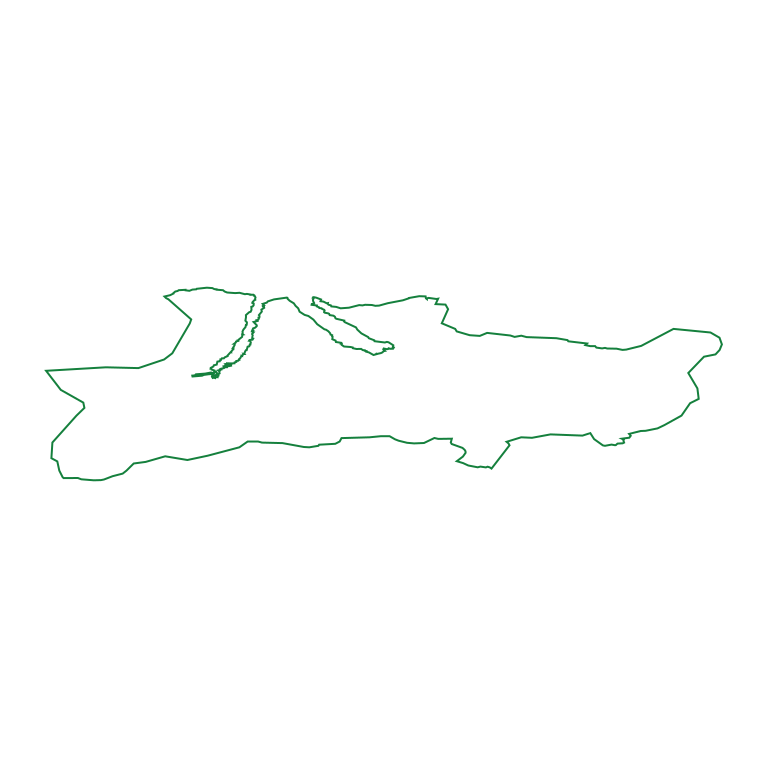 Gloppen nor, Sogn og Fjordane, Norway
{"feature_id": "86288312B68175693588321", "entity_name": "Gloppen nor", "entity_type": "district", "adm_level": 2, "iso_a3": "NOR", "parent_name": "Norway", "parent_adm1": "Sogn og Fjordane", "projection": "equal_earth", "projection_center": [6.111, 61.723], "detail": "fine", "context": "isolated", "style": "outline", "palette": "green", "viewbox_px": 768, "rotation_deg": 0, "n_neighbors": 0, "source": "geoboundaries", "source_scale": "gbopen_adm2", "svg_char_len": 6100}
<svg xmlns="http://www.w3.org/2000/svg" viewBox="0 0 768 768"><path d="M46.1,370.8L60.8,389.9L83.3,402.6L84.4,407.9L76.4,415.7L52.4,442.5L51.4,458.2L57.3,461.4L59.3,470.6L62.7,477.3L63.7,478.1L77.9,478.0L81.3,479.3L93.8,480.3L101.0,480.1L104.0,479.5L112.6,476.2L122.7,473.6L126.5,470.6L133.7,463.5L145.7,461.9L165.2,456.3L187.4,460.0L207.7,455.7L239.4,447.3L247.7,441.5L258.0,441.5L262.0,442.6L282.5,443.1L303.9,447.0L309.4,447.3L318.4,445.8L319.1,444.7L335.3,443.8L339.7,441.5L341.5,438.1L369.5,437.3L380.9,436.2L389.6,436.2L395.0,439.3L398.6,440.7L407.1,442.8L414.1,443.4L424.0,443.0L434.4,438.0L438.3,438.9L451.8,438.7L450.8,442.5L451.7,444.0L462.5,447.9L464.7,449.9L465.5,451.3L465.6,452.8L462.9,456.6L456.8,461.2L463.1,463.1L468.3,465.5L477.7,467.3L480.4,466.6L485.9,467.4L487.6,466.7L489.8,467.4L491.5,468.6L509.5,445.3L508.5,443.4L506.6,441.8L521.2,437.3L532.0,437.8L550.5,434.4L582.5,435.6L590.3,433.1L594.1,439.1L602.9,445.4L605.0,445.8L611.5,444.6L615.0,445.2L615.8,445.1L617.5,443.6L622.7,443.3L624.1,442.6L623.4,440.6L623.8,439.7L621.8,438.7L629.3,437.7L630.7,435.8L629.1,433.9L640.7,431.0L645.6,430.8L657.5,428.4L664.2,425.2L681.5,415.6L690.1,403.2L698.7,398.9L697.4,388.4L688.3,373.0L704.0,356.7L715.5,354.4L719.6,350.0L721.9,344.4L719.5,337.7L710.5,332.5L673.5,328.9L641.2,345.9L626.2,349.6L622.5,349.9L616.6,348.7L607.2,348.5L605.0,347.9L602.1,348.4L596.4,347.6L595.1,346.1L590.1,346.1L585.4,345.1L587.0,343.5L568.3,341.3L567.5,340.1L556.4,338.2L526.6,337.1L521.3,335.7L514.6,336.9L510.3,335.5L487.1,332.9L479.8,335.9L469.7,335.2L456.7,331.4L455.2,328.9L441.8,323.3L448.1,309.2L445.5,304.6L435.6,304.1L438.1,298.7L436.5,299.0L428.6,297.9L426.9,298.4L426.9,299.1L425.9,298.3L425.6,296.4L419.2,296.2L408.9,298.0L408.9,298.3L402.9,300.3L387.8,303.2L379.1,305.6L375.3,305.8L371.9,305.0L365.1,304.8L362.5,305.4L359.2,305.1L349.0,307.7L340.6,308.3L336.2,306.9L331.3,306.4L330.9,305.4L328.5,304.7L327.6,303.7L327.8,303.1L326.8,303.3L323.4,301.6L320.5,301.2L321.1,299.5L316.3,297.7L314.0,297.2L312.4,297.2L313.3,297.3L312.9,297.8L313.8,298.1L312.9,299.8L313.2,301.3L314.2,303.1L313.8,303.6L311.8,304.0L311.6,304.8L316.9,305.5L316.8,306.4L319.0,307.3L319.3,308.0L321.6,308.3L321.9,308.8L324.2,309.8L324.6,310.4L324.3,311.3L324.9,311.6L324.2,311.6L324.1,312.2L324.8,312.7L328.3,313.4L329.1,313.8L329.7,315.1L333.5,315.7L334.9,316.7L335.5,318.3L336.4,318.8L344.3,320.6L344.1,321.5L344.9,322.2L356.0,327.4L357.3,329.6L361.4,333.4L368.2,337.1L368.8,338.2L374.3,340.3L374.5,341.2L384.9,342.5L386.9,341.9L388.6,342.3L393.3,345.3L392.8,347.1L393.8,347.5L393.1,348.7L390.5,348.8L387.8,348.1L388.7,348.8L387.0,349.2L383.7,348.5L383.3,349.3L385.0,350.9L383.6,351.2L382.4,352.4L380.9,353.1L376.7,354.0L375.6,353.2L376.4,354.2L373.5,355.0L368.9,352.4L366.3,351.7L366.5,351.1L364.8,350.8L364.8,350.3L362.8,350.1L361.1,348.9L356.5,349.0L352.9,348.2L352.8,347.5L350.5,347.0L344.0,346.5L341.7,344.9L341.8,343.8L340.8,343.7L341.1,342.8L335.9,342.0L335.6,340.6L332.3,339.2L332.6,336.8L332.1,336.4L332.2,335.2L330.6,334.6L330.1,333.2L328.4,331.3L326.0,329.7L324.4,329.3L317.2,324.2L313.4,319.6L308.4,316.0L304.6,314.9L299.6,311.7L298.2,308.3L295.6,305.9L293.8,303.3L289.7,300.8L287.6,298.8L287.4,297.8L286.8,297.6L274.0,299.4L267.8,301.4L266.8,302.6L262.7,303.9L264.1,305.4L262.0,306.3L263.5,306.3L264.0,306.8L264.2,307.8L261.4,309.6L261.8,311.6L258.9,315.1L259.5,316.0L259.4,317.3L259.2,317.8L258.5,317.8L258.6,319.2L258.0,319.9L257.0,320.1L257.3,320.6L256.7,320.6L257.0,321.1L253.6,322.0L256.8,325.3L256.7,326.2L255.1,327.7L253.1,328.4L252.2,330.5L252.9,330.6L252.5,331.1L253.2,331.1L252.7,332.5L253.4,332.5L252.1,334.1L252.7,335.4L252.4,336.1L251.8,336.1L252.4,336.3L252.2,338.3L252.8,338.5L252.2,339.3L252.8,339.2L252.5,339.7L249.5,340.0L249.1,340.7L249.8,340.7L250.8,342.3L250.4,344.5L249.8,344.5L249.3,346.3L247.6,346.7L246.7,350.1L246.0,350.1L245.1,351.4L244.4,353.7L243.8,353.7L244.1,354.0L243.4,354.0L242.3,355.6L241.7,355.6L241.9,356.1L241.3,356.1L240.3,358.1L239.3,358.9L239.4,359.8L238.7,359.8L238.3,360.7L236.3,361.0L236.3,361.9L234.6,362.4L234.5,363.3L231.9,363.4L231.0,365.0L231.1,365.7L229.1,366.1L228.3,365.3L230.0,364.4L230.3,363.4L227.0,363.3L227.0,363.8L225.3,364.1L226.4,365.4L225.6,365.2L225.5,365.8L223.5,366.3L223.8,367.0L226.6,365.5L228.1,365.6L228.6,366.1L227.1,366.5L227.0,367.2L224.4,367.2L224.5,367.7L224.0,368.1L221.0,368.7L220.4,369.0L221.0,369.6L218.3,370.4L219.6,371.1L219.2,371.6L219.6,373.4L218.2,374.3L218.5,375.7L217.1,376.8L217.3,377.2L215.6,377.2L215.2,378.1L213.9,377.6L212.8,378.0L211.9,376.6L212.1,376.0L214.4,375.7L214.9,375.5L214.1,375.2L215.2,375.4L216.7,374.4L217.2,373.4L216.2,372.0L215.1,372.2L212.6,374.8L211.3,374.1L209.0,374.2L203.9,374.9L202.1,375.7L192.5,376.5L192.3,375.6L194.8,375.4L195.9,374.3L205.2,373.6L211.0,372.5L213.5,373.2L215.0,371.5L214.2,371.1L214.4,370.5L211.5,369.5L211.3,368.5L210.6,368.6L210.7,367.9L213.4,366.5L213.8,365.3L216.7,364.6L217.4,361.6L219.7,361.3L219.8,360.6L220.6,360.3L220.5,359.4L221.2,359.4L221.9,358.3L223.9,358.3L224.8,357.3L227.6,356.1L227.5,355.6L230.6,352.2L231.2,352.3L231.1,351.7L232.5,350.1L232.8,349.1L233.4,349.1L233.5,348.0L232.9,348.0L234.6,345.2L234.8,343.7L234.2,343.7L235.8,342.5L236.0,341.6L237.3,341.1L237.4,340.6L238.4,340.8L238.6,339.7L242.1,336.9L242.3,334.8L243.1,334.6L242.2,334.0L242.7,333.2L242.5,331.5L243.4,329.6L245.5,327.1L245.9,325.0L246.5,325.0L246.8,324.1L246.9,322.3L245.4,320.7L246.0,317.1L245.9,315.1L249.2,312.2L250.6,311.8L251.5,309.9L251.3,306.8L252.6,306.5L253.6,305.3L253.7,303.5L252.3,302.9L252.5,302.2L254.2,300.3L255.3,299.8L255.1,298.9L255.5,297.4L254.5,295.6L253.9,295.6L253.9,295.1L253.3,294.7L250.4,294.8L250.4,294.5L246.9,293.9L244.9,294.2L239.5,292.8L235.2,293.1L227.1,292.5L224.6,291.5L223.0,290.2L216.6,289.7L216.6,289.3L214.3,289.1L212.4,288.1L206.9,287.7L196.7,288.8L196.3,289.3L192.4,289.6L189.4,290.8L185.5,290.3L185.5,289.8L178.7,290.2L177.6,291.0L175.3,291.5L173.4,293.1L173.5,293.5L170.1,295.2L164.5,296.5L166.1,298.1L168.4,299.3L191.2,319.4L189.8,323.4L172.3,353.3L164.1,359.5L138.4,368.1L105.9,367.3L46.1,370.8Z" fill="none" stroke="#15803d" stroke-width="2"/></svg>